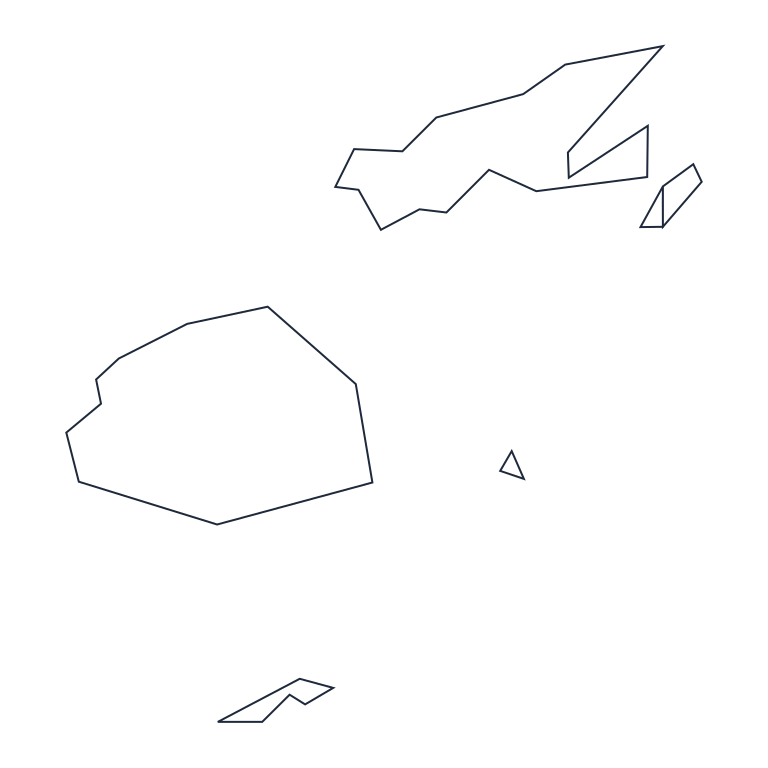 an SVG outline of Fiji
{"feature_id": "FJI", "entity_name": "Fiji", "entity_type": "country or territory", "adm_level": 0, "iso_a3": "FJI", "parent_name": "Oceania", "parent_adm1": "", "projection": "mercator", "projection_center": [179.313, -17.091], "detail": "coarse", "context": "isolated", "style": "outline", "palette": "slate", "viewbox_px": 768, "rotation_deg": 0, "n_neighbors": 0, "source": "natural_earth", "source_scale": "50m", "svg_char_len": 725}
<svg xmlns="http://www.w3.org/2000/svg" viewBox="0 0 768 768"><path d="M267.7,306.7L355.8,384.1L372.4,482.5L217.1,524.5L78.8,481.7L66.3,432.6L101.0,403.7L96.1,379.5L118.8,358.5L187.1,323.9L267.7,306.7ZM662.8,46.1L567.9,152.5L568.8,177.7L647.8,125.8L647.2,177.0L536.3,191.2L489.0,169.8L446.4,212.5L419.5,209.3L380.9,229.8L358.5,189.8L335.3,186.9L354.1,149.1L402.4,151.3L436.3,117.5L523.2,94.1L565.2,64.6L662.8,46.1ZM333.2,687.9L305.1,704.4L289.6,694.7L262.2,721.9L217.8,721.9L299.7,678.8L333.2,687.9ZM701.7,181.8L662.9,226.8L662.9,186.4L693.3,164.2L701.7,181.8ZM662.9,226.8L640.5,227.1L662.9,186.4L662.8,203.1L662.9,226.8ZM523.9,478.9L500.2,470.9L511.7,451.1L523.9,478.9Z" fill="none" stroke="#1e293b" stroke-width="2"/></svg>